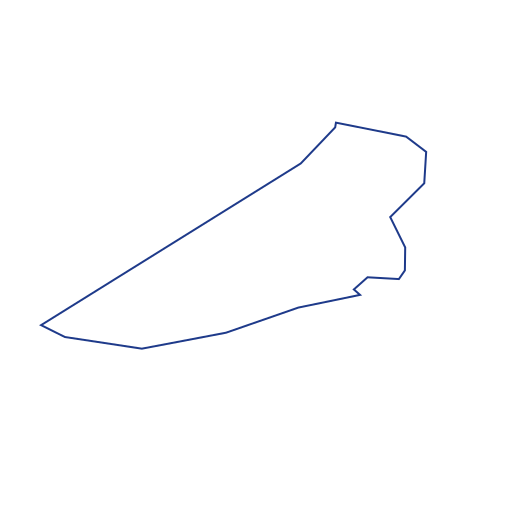 SVG path tracing the border of Brighton and Hove, rotated 128°
{"feature_id": "GBR-2674", "entity_name": "Brighton and Hove", "entity_type": "Unitary Authority", "adm_level": 1, "iso_a3": "GBR", "parent_name": "United Kingdom", "parent_adm1": "", "projection": "albers", "projection_center": [-0.128, 50.838], "detail": "fine", "context": "isolated", "style": "outline", "palette": "blue", "viewbox_px": 512, "rotation_deg": 128, "n_neighbors": 0, "source": "natural_earth", "source_scale": "10m", "svg_char_len": 391}
<svg xmlns="http://www.w3.org/2000/svg" viewBox="0 0 512 512"><g transform="rotate(128 256 256)"><path d="M442.8,382.8L155.5,277.7L105.9,272.8L101.7,275.1L69.5,211.2L69.2,186.0L95.1,168.2L142.7,174.2L157.4,143.7L175.7,129.8L186.2,129.2L204.1,155.0L222.1,158.3L222.6,150.1L270.6,190.9L334.9,232.4L399.3,288.9L437.5,356.7L442.8,382.8Z" fill="none" stroke="#1e3a8a" stroke-width="2"/></g></svg>